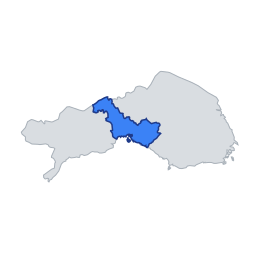 location of Northern Ostrobothnia within Finland, rotated 261°
{"feature_id": "FIN-3180", "entity_name": "Northern Ostrobothnia", "entity_type": "Province", "adm_level": 1, "iso_a3": "FIN", "parent_name": "Finland", "parent_adm1": "", "projection": "orthographic", "projection_center": [26.371, 64.957], "detail": "fine", "context": "in_parent", "style": "filled", "palette": "blue", "viewbox_px": 256, "rotation_deg": 261, "n_neighbors": 0, "source": "natural_earth", "source_scale": "10m", "svg_char_len": 8984}
<svg xmlns="http://www.w3.org/2000/svg" viewBox="0 0 256 256"><g transform="rotate(261 128 128)"><path d="M110.9,110.3L110.2,106.4L109.1,103.1L107.8,102.1L107.5,100.8L107.4,98.2L107.7,96.1L109.1,94.1L109.5,91.4L110.3,89.3L110.0,87.9L108.0,83.9L107.8,82.6L107.7,80.4L109.0,78.5L108.8,76.5L106.6,75.6L106.7,74.4L107.4,72.5L107.2,70.7L107.4,67.0L108.5,65.4L107.3,64.1L106.2,61.7L105.1,61.5L104.6,58.9L102.9,56.6L96.5,53.0L92.8,49.2L90.9,46.1L89.1,44.3L89.0,42.8L87.1,41.5L87.6,40.8L89.1,40.9L90.4,41.6L90.9,40.9L90.6,38.6L90.7,38.1L92.3,37.0L94.7,37.2L99.3,46.2L99.9,49.0L104.9,50.3L105.4,51.0L106.8,50.9L109.7,49.7L110.9,47.8L112.0,48.0L119.0,52.5L120.1,51.6L120.8,49.0L121.4,47.8L122.2,47.0L123.9,46.5L125.2,44.3L125.4,38.3L126.0,36.5L127.2,30.6L129.4,27.9L131.0,25.2L132.5,24.8L135.3,25.3L138.5,22.4L140.6,22.0L144.5,26.8L149.9,29.8L151.5,33.8L150.9,35.5L148.2,40.1L148.1,41.3L149.2,43.3L145.2,45.9L145.5,46.6L147.7,46.8L148.0,47.7L145.9,53.5L145.9,54.5L147.7,60.7L153.0,63.1L154.5,65.8L158.4,71.0L158.2,73.6L153.1,83.2L152.0,85.9L151.9,87.5L155.5,94.9L157.5,100.1L159.6,103.8L161.6,110.1L161.8,112.2L158.6,113.6L159.5,114.7L158.8,116.8L158.9,119.6L158.1,121.5L158.3,122.0L159.9,122.3L160.1,123.5L160.0,124.3L158.4,125.8L158.3,127.3L159.3,129.8L160.1,130.6L162.7,131.3L163.1,132.0L163.3,133.8L162.2,135.7L162.2,136.4L163.5,139.6L167.1,142.1L167.6,144.0L167.6,145.3L167.5,146.5L165.1,151.2L163.2,152.8L167.4,157.3L174.9,163.0L178.4,168.0L178.8,169.4L176.9,176.2L176.1,178.0L170.6,185.8L162.8,198.4L158.7,204.0L150.5,212.4L144.5,220.1L141.1,221.6L138.4,220.0L137.1,220.4L135.8,221.5L131.5,222.8L131.4,221.6L132.3,218.3L131.9,218.4L131.1,219.9L130.7,221.7L129.9,222.6L128.1,222.9L126.4,221.5L125.6,221.5L126.4,223.6L126.4,224.3L125.5,224.2L123.5,225.8L123.1,225.8L122.5,224.4L120.4,225.9L118.5,226.1L117.3,227.2L111.5,228.7L109.8,230.6L108.8,230.1L102.3,231.5L99.6,230.9L96.5,233.7L94.2,234.0L96.7,231.1L96.9,230.1L95.7,229.5L94.8,228.4L94.1,226.0L93.6,225.9L92.7,228.7L91.1,229.6L89.2,229.5L89.1,228.2L89.5,227.1L89.2,226.8L89.5,225.9L90.5,225.9L90.8,225.5L90.8,224.9L90.0,224.3L90.9,222.3L87.6,221.7L83.6,219.2L83.2,217.3L81.2,218.5L79.5,217.0L79.3,216.2L79.3,209.3L79.6,207.4L80.8,205.2L81.3,202.9L81.6,198.7L82.1,198.7L81.6,197.3L82.5,197.0L82.7,196.5L81.0,189.7L79.9,188.0L81.2,183.2L81.2,182.1L81.1,180.7L79.7,179.1L79.5,174.8L80.1,172.4L83.4,168.3L83.7,166.5L85.3,166.5L84.7,164.9L84.6,163.0L87.0,162.5L87.9,163.2L90.0,162.6L92.0,161.3L91.5,158.6L92.4,158.6L92.1,158.0L92.2,157.3L93.0,157.6L94.3,155.9L94.4,154.5L96.5,153.8L99.0,151.1L101.3,149.7L103.6,146.9L104.6,146.8L105.2,144.9L107.7,142.1L108.7,139.8L111.1,137.2L113.5,132.6L113.8,131.3L117.2,129.7L120.3,130.2L120.2,129.0L119.8,128.3L121.1,127.1L120.8,125.3L120.1,124.3L121.0,117.3L120.1,115.9L116.7,113.5L115.3,113.2L114.6,111.4L115.0,109.3L113.1,110.9L110.9,110.3ZM86.2,222.5L88.5,222.7L89.1,223.8L88.0,224.4L87.9,225.3L88.3,226.6L87.3,226.5L86.7,225.0L85.6,223.9L86.2,222.5ZM116.4,127.4L115.1,128.1L114.1,127.6L114.1,126.3L115.9,125.4L117.8,126.4L116.8,126.7L116.4,127.4ZM81.8,161.3L81.7,162.4L83.0,161.7L83.5,162.1L83.4,163.1L82.9,162.8L81.8,163.9L80.9,162.8L80.4,161.2L81.8,161.3ZM79.5,218.4L79.3,219.4L77.9,219.3L77.4,218.3L77.2,216.7L77.8,216.0L78.1,216.9L79.5,218.4ZM84.8,222.8L84.0,222.9L83.1,221.8L82.9,221.3L83.4,221.1L83.3,219.9L84.0,220.6L84.4,221.4L84.0,221.6L84.8,222.8ZM82.9,226.8L81.8,227.4L81.4,227.2L81.6,226.0L82.2,225.5L83.3,225.5L82.9,226.8ZM80.7,227.3L79.8,227.4L79.2,226.8L80.2,225.9L80.8,226.0L80.9,226.6L80.7,227.3Z" fill="#d9dde1" stroke="#a8b0b8" stroke-width="1"/><path d="M156.3,96.9L156.3,97.3L156.5,98.0L156.8,98.7L157.3,99.9L158.6,102.0L159.4,103.0L159.6,103.5L159.8,104.3L160.1,105.9L160.2,106.2L160.6,107.1L160.7,107.4L161.1,108.5L161.4,109.3L161.5,109.7L161.9,111.6L161.9,112.1L161.9,112.6L161.8,112.8L161.5,112.7L161.0,112.4L159.0,113.1L158.5,113.5L158.7,113.9L159.4,114.4L159.7,114.8L159.6,115.1L159.0,116.0L158.9,116.3L156.8,116.5L156.2,116.3L155.6,116.1L155.0,115.9L154.6,115.9L154.3,117.0L153.6,117.4L152.1,117.6L149.9,118.8L149.6,119.0L149.6,119.4L149.4,120.0L149.2,120.3L149.3,120.5L149.4,120.9L148.8,121.1L144.7,122.2L144.3,122.4L143.9,122.8L143.6,123.6L143.5,124.1L143.4,124.6L143.3,125.0L143.1,125.3L142.9,125.4L142.1,125.0L138.6,125.5L138.1,125.9L137.9,126.3L137.9,127.0L138.3,127.5L138.7,128.1L138.9,128.3L138.8,128.5L139.0,128.7L139.0,128.9L138.9,129.4L138.8,129.9L138.8,130.1L138.9,130.3L138.8,130.5L138.7,130.7L138.8,130.8L138.6,131.1L138.4,131.2L138.1,131.2L137.0,130.9L136.4,131.0L135.4,131.6L134.8,132.2L134.6,132.5L134.5,132.9L134.6,133.0L134.6,133.5L134.4,133.7L134.3,133.8L133.8,134.5L133.4,134.6L132.3,134.7L132.3,134.9L132.3,135.1L132.2,135.4L131.9,135.5L131.7,135.9L131.5,136.2L131.3,136.3L131.5,136.5L131.3,136.6L130.6,136.7L130.4,136.8L129.8,137.5L129.7,137.6L129.4,137.7L129.4,137.8L129.4,138.0L129.2,138.2L129.4,138.4L130.2,139.2L130.7,140.0L130.8,140.4L130.8,140.9L131.3,141.4L131.5,141.6L131.9,141.6L132.5,141.6L132.7,141.8L132.7,142.3L132.7,142.5L133.0,142.6L133.4,142.7L133.5,143.1L133.6,145.7L133.6,146.6L133.8,147.0L134.4,147.5L132.8,148.1L129.2,151.2L128.6,152.2L128.8,152.7L129.1,156.1L129.1,156.8L128.7,157.0L128.3,157.5L128.2,157.8L128.0,158.8L128.0,159.0L127.7,159.5L126.7,160.0L126.1,160.0L125.6,159.9L125.2,159.5L124.4,158.5L124.0,158.2L121.7,157.9L121.3,157.7L120.5,156.8L120.0,156.6L119.3,156.4L118.9,156.5L118.5,156.9L118.3,157.7L118.1,158.5L117.9,159.1L117.4,159.4L117.1,158.8L115.0,156.2L113.8,155.1L113.2,154.2L112.2,151.9L111.8,151.4L111.4,151.0L110.6,150.6L110.4,150.3L110.3,150.1L110.2,149.4L109.9,149.2L109.5,148.7L109.4,148.3L109.2,147.3L109.1,146.8L108.6,146.2L107.2,145.5L105.7,144.2L105.8,144.0L105.8,143.7L105.9,143.3L106.0,143.2L106.2,143.3L106.3,143.4L106.7,143.1L106.9,143.0L107.0,142.8L107.2,142.2L107.4,142.2L107.7,142.5L107.9,142.6L107.8,142.1L107.8,141.8L107.8,141.5L107.9,141.2L108.2,140.8L108.3,140.5L108.5,139.9L108.6,139.7L108.8,139.5L109.1,139.4L109.3,139.2L109.3,138.8L109.5,138.9L109.7,138.6L110.1,138.4L110.4,138.5L110.5,138.4L110.5,138.0L110.5,137.9L110.5,137.7L110.9,137.8L111.0,137.7L111.1,137.3L111.2,137.2L111.4,137.0L111.5,137.0L111.7,136.9L111.9,136.5L111.9,136.4L111.8,136.2L112.0,135.9L112.0,135.7L112.0,135.1L112.1,134.8L112.4,134.4L112.5,133.9L112.9,133.4L113.3,133.2L113.5,133.0L113.6,132.7L113.5,132.4L113.6,132.0L114.0,131.7L113.7,131.4L113.6,131.2L113.8,131.1L114.0,131.2L114.7,131.6L114.8,131.6L114.8,131.4L114.7,131.2L114.8,130.7L115.0,130.6L115.3,130.6L115.4,130.2L115.7,130.0L116.8,129.9L118.4,129.0L118.6,129.0L118.9,129.5L119.0,129.7L119.3,129.7L119.4,130.2L119.5,130.4L119.6,130.6L119.8,130.7L120.0,130.7L120.0,130.8L119.8,130.9L119.7,131.0L120.0,131.1L120.9,130.9L120.8,130.4L120.8,130.2L121.0,129.4L120.9,129.2L120.7,129.2L120.6,129.3L120.4,129.2L120.2,128.9L119.9,128.8L119.7,128.6L119.5,128.0L119.6,127.7L120.6,127.6L120.8,127.8L121.1,128.1L121.3,128.3L121.5,128.4L121.7,128.0L121.6,127.7L121.5,127.3L121.5,127.0L121.4,126.8L121.4,126.7L121.5,126.6L121.2,126.1L121.1,125.9L121.1,125.7L120.9,125.3L120.7,125.0L119.7,124.7L119.8,124.3L119.8,124.0L120.1,123.7L120.3,123.3L120.4,123.0L120.3,122.7L120.5,122.7L120.5,122.4L120.6,122.1L120.5,121.9L120.3,121.9L120.5,121.7L120.6,121.0L120.7,120.7L120.6,120.4L120.9,120.2L120.3,119.4L120.6,119.4L121.1,118.7L121.0,118.4L121.1,117.6L121.0,117.2L120.8,116.8L120.6,116.4L119.9,115.7L119.7,115.6L119.3,115.6L119.1,115.6L118.9,115.3L118.9,114.9L119.1,114.6L119.7,113.8L121.4,112.0L122.5,111.6L124.6,111.8L125.6,111.6L127.8,110.4L128.1,110.5L128.0,111.4L128.0,111.9L128.1,112.3L128.3,112.4L133.9,112.7L136.1,111.7L136.7,111.0L138.6,107.7L138.8,107.5L139.7,108.0L139.9,108.0L140.1,107.9L140.3,107.5L140.6,107.4L141.0,108.0L141.3,109.0L141.5,109.4L141.8,109.7L141.7,110.0L145.4,110.4L145.8,110.3L146.6,109.9L147.3,109.8L147.7,109.6L148.0,109.2L148.1,108.9L147.9,108.3L147.2,107.3L147.0,107.2L146.8,106.9L147.0,106.8L146.9,106.3L146.9,106.2L147.1,106.2L147.2,106.3L147.2,106.5L147.4,106.5L147.5,106.5L148.3,106.3L149.4,106.4L149.8,106.2L150.0,105.8L150.0,105.3L149.8,105.2L149.5,105.1L148.9,104.7L149.0,104.5L148.8,104.1L148.7,103.8L148.8,103.6L149.2,103.6L149.4,103.5L149.6,103.3L149.6,103.0L149.6,102.9L149.7,102.7L150.0,102.4L150.0,102.2L149.7,102.0L149.7,101.9L149.9,101.3L149.9,101.2L149.8,100.9L149.7,100.8L149.3,100.8L149.0,101.0L148.9,101.0L149.0,100.8L148.6,100.6L148.3,100.3L148.1,99.8L148.0,99.1L148.1,98.6L148.2,98.2L148.4,97.9L148.5,97.7L148.9,97.7L149.0,97.6L149.0,97.3L149.1,96.5L149.1,96.4L149.5,96.1L153.1,97.3L153.6,97.3L154.3,97.0L156.3,96.9ZM117.8,126.1L118.1,126.1L118.3,126.4L118.0,126.5L117.5,126.5L116.7,126.3L116.2,126.3L116.1,126.7L115.3,127.1L115.6,127.7L116.1,127.6L116.3,127.8L116.2,127.9L115.8,127.9L115.8,128.0L115.7,128.1L115.4,128.2L115.2,128.2L115.2,127.8L115.1,127.5L115.0,127.3L114.8,127.8L114.5,127.8L114.2,127.3L114.1,127.0L114.0,126.4L114.2,126.1L114.8,125.5L115.6,125.5L116.4,125.2L116.8,125.4L116.9,125.7L116.7,125.9L116.8,126.0L117.0,126.0L117.8,126.1Z" fill="#3b82f6" stroke="#1e3a8a" stroke-width="1.5"/></g></svg>